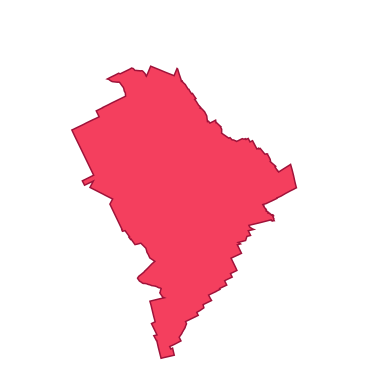 Río Segundo, Córdoba, Argentina (Albers equal-area conic projection), rotated 64°
{"feature_id": "61730980B13530253245747", "entity_name": "Río Segundo", "entity_type": "district", "adm_level": 2, "iso_a3": "ARG", "parent_name": "Argentina", "parent_adm1": "Córdoba", "projection": "albers", "projection_center": [-63.428, -31.688], "detail": "fine", "context": "isolated", "style": "filled", "palette": "rose", "viewbox_px": 384, "rotation_deg": 64, "n_neighbors": 0, "source": "geoboundaries", "source_scale": "gbopen_adm2", "svg_char_len": 5807}
<svg xmlns="http://www.w3.org/2000/svg" viewBox="0 0 384 384"><g transform="rotate(64 192 192)"><path d="M233.8,96.3L227.7,95.0L221.6,93.5L216.0,92.3L210.4,91.3L210.6,92.6L211.2,98.3L212.0,105.4L210.2,105.6L210.3,105.9L206.6,106.3L205.8,106.4L205.6,105.5L203.0,106.6L199.1,108.3L199.1,108.0L197.2,107.5L196.8,107.5L196.7,107.4L194.0,107.5L191.3,107.6L191.0,107.5L191.0,107.9L190.4,108.2L190.2,109.0L190.2,109.4L189.9,109.9L188.3,110.3L182.7,111.6L182.7,112.9L181.8,112.9L181.8,114.8L172.4,115.1L172.4,117.9L168.5,118.0L168.5,120.4L167.6,120.4L167.6,121.4L167.3,121.6L167.0,122.6L166.1,123.4L166.1,129.8L165.8,129.9L165.5,130.2L165.2,130.2L164.8,130.8L164.3,131.1L163.4,131.9L162.8,133.1L159.8,134.0L159.8,135.3L152.1,139.6L151.6,139.3L148.6,137.8L145.8,137.8L145.8,137.5L143.8,138.3L140.1,139.7L140.1,140.0L137.8,139.3L137.9,141.7L137.9,144.4L137.9,145.7L136.7,145.9L136.4,146.0L135.6,146.1L135.5,147.2L133.2,146.5L130.1,145.4L125.3,145.5L124.1,145.9L124.0,146.0L122.1,146.4L121.2,147.1L120.1,147.9L120.0,147.1L117.4,147.8L117.2,148.0L113.4,148.4L112.8,148.4L111.9,148.6L109.9,149.0L109.8,147.5L107.4,147.9L103.6,148.4L103.6,149.3L101.5,149.6L99.7,149.8L98.3,149.8L97.8,150.4L94.1,150.8L92.5,150.9L90.2,151.8L88.7,152.2L87.9,152.1L87.9,153.0L86.4,152.6L80.1,151.8L75.9,151.1L75.0,151.0L74.4,151.3L78.6,156.0L79.6,157.1L77.2,159.3L73.8,162.4L72.6,163.5L67.8,167.7L60.8,174.0L66.5,180.4L68.0,182.3L67.6,182.4L66.7,182.4L65.9,182.2L65.6,182.2L64.7,182.5L64.3,182.5L62.3,183.1L61.8,183.3L61.3,183.6L61.1,183.8L60.9,184.2L60.6,184.7L60.6,185.1L60.6,185.3L60.5,185.5L60.3,185.7L60.1,185.8L60.0,186.1L59.5,186.7L59.4,187.3L58.8,187.9L58.6,188.4L58.2,188.9L57.8,189.8L57.7,190.0L55.9,190.5L55.4,190.7L54.9,191.0L54.7,191.3L54.5,191.6L54.3,191.9L54.1,192.0L54.3,194.3L54.3,200.3L54.3,204.7L53.6,205.5L53.1,205.8L53.2,210.0L53.2,214.9L53.3,218.6L54.4,217.4L55.0,217.0L55.4,216.9L56.6,216.2L57.8,215.3L58.6,214.1L60.5,211.1L61.3,209.4L61.9,209.0L64.6,208.5L65.8,208.3L67.7,207.9L68.9,207.9L70.8,208.4L71.7,208.6L73.4,208.5L73.8,208.5L76.8,209.7L76.8,225.6L76.9,228.7L76.9,233.0L76.9,235.3L77.1,235.3L77.1,242.5L79.8,242.5L83.7,242.5L83.7,244.5L83.7,246.7L83.6,249.4L83.6,256.9L83.7,259.6L83.7,262.0L83.6,272.8L90.0,272.9L94.5,272.9L96.9,272.9L101.6,272.9L131.9,273.0L133.8,273.0L133.9,285.7L138.8,285.6L138.9,275.9L143.2,281.7L154.7,273.0L157.2,271.2L163.5,266.4L166.9,271.1L177.7,271.2L195.0,271.3L195.1,271.7L196.8,271.7L197.4,269.1L204.9,267.8L204.9,268.5L207.8,268.0L207.7,267.4L214.3,266.3L214.9,263.8L215.3,261.8L215.6,260.4L222.3,258.1L224.6,258.5L226.5,258.9L229.0,258.7L231.9,258.8L232.8,258.8L235.9,257.0L238.0,255.8L239.1,259.8L241.0,264.9L241.1,265.2L241.5,266.2L241.5,266.7L241.8,267.4L242.2,268.2L242.2,268.8L242.6,269.7L243.1,270.6L243.1,271.1L243.4,272.1L243.4,272.4L243.8,273.6L243.8,274.1L243.9,274.3L244.0,274.6L244.0,274.9L244.1,275.3L244.2,275.9L244.4,276.2L244.4,276.5L244.4,276.8L244.5,277.0L244.7,277.3L244.9,277.6L245.3,278.3L245.5,278.7L245.7,278.8L247.5,278.5L247.8,278.4L248.2,278.4L248.9,278.3L249.8,277.8L250.2,277.5L251.3,276.9L252.1,276.5L252.9,275.8L253.0,275.6L253.7,274.2L254.8,272.8L255.9,271.9L256.3,271.4L256.6,270.9L257.2,270.4L257.3,270.2L258.3,269.4L258.6,269.1L259.3,267.9L259.6,267.6L259.8,267.2L260.1,266.9L260.3,266.6L260.4,266.3L261.0,265.9L261.2,265.6L261.9,264.9L262.3,264.8L262.6,264.5L263.4,263.9L263.7,263.4L264.1,263.0L264.3,262.6L264.6,262.5L264.8,262.3L265.2,262.0L265.7,262.3L265.9,262.6L266.2,263.0L266.5,263.3L266.9,263.6L267.2,263.9L267.6,264.1L267.9,264.4L268.2,264.5L268.3,264.9L268.5,265.1L269.9,265.0L270.7,264.8L272.5,264.6L273.3,264.5L274.1,264.0L274.9,263.3L273.5,269.3L271.7,277.7L276.1,278.5L286.8,280.9L292.5,282.0L292.5,286.1L295.6,286.1L299.4,286.1L305.1,286.1L304.4,289.3L310.0,289.1L310.1,288.8L316.9,290.4L327.9,292.7L328.5,289.8L329.3,286.5L330.9,279.5L323.8,277.9L323.8,279.9L321.1,279.8L321.2,277.1L321.2,273.9L321.0,267.2L316.9,267.2L316.2,265.9L315.4,264.4L314.8,263.3L314.3,262.7L314.1,262.6L312.9,260.7L312.0,259.5L311.8,258.9L311.3,258.5L311.0,257.7L310.1,257.1L309.7,256.5L308.9,255.7L308.1,254.7L305.6,254.6L305.6,240.5L302.3,240.5L302.0,236.6L301.3,232.1L298.1,231.4L298.1,227.1L298.1,222.0L295.5,222.2L291.9,222.3L292.0,214.3L291.9,214.3L291.8,209.5L290.8,209.5L290.9,201.6L286.1,201.6L286.0,198.9L286.1,193.2L282.2,193.2L282.2,188.6L282.2,186.0L278.7,185.9L272.1,185.9L268.6,185.9L268.8,174.4L259.3,174.4L259.9,171.2L258.6,171.9L257.6,172.6L259.1,165.1L256.0,162.1L256.7,158.4L251.5,158.4L252.7,152.9L251.7,153.8L249.4,155.2L248.9,155.4L248.3,155.5L246.9,155.5L249.4,144.3L250.2,140.4L251.7,133.1L251.8,133.0L252.0,133.0L252.2,133.3L252.3,133.3L252.5,133.3L252.7,133.1L252.7,132.8L253.0,132.6L253.3,132.5L253.4,132.2L253.2,131.9L253.3,131.6L253.5,131.4L253.8,130.7L253.6,130.7L252.6,130.7L252.4,130.5L252.2,130.2L251.9,130.1L251.6,130.1L251.0,130.2L250.2,130.0L249.6,130.1L249.4,130.0L249.2,129.6L249.2,129.1L248.8,129.0L248.4,129.1L247.9,129.5L247.9,129.9L248.1,130.2L248.0,130.3L247.9,130.4L247.7,130.2L247.4,130.1L247.2,130.5L247.1,130.9L246.9,131.0L246.4,131.0L246.2,131.1L245.8,131.3L245.8,131.5L245.7,131.6L245.3,131.5L245.2,131.5L244.8,131.9L244.7,132.0L244.1,132.1L244.2,132.5L244.5,132.7L244.5,132.9L244.3,133.0L244.2,133.0L244.0,132.9L243.7,132.6L243.3,132.5L243.1,132.6L242.5,132.9L242.1,133.1L241.9,133.2L241.9,133.4L241.9,133.6L241.6,133.7L241.3,133.5L240.8,133.0L240.6,133.0L240.3,133.3L239.9,133.2L239.6,133.3L239.4,133.1L239.0,133.3L238.5,133.5L238.2,133.5L237.9,133.6L237.4,133.7L237.1,133.7L236.9,133.6L236.5,133.9L236.3,133.8L236.2,133.5L235.9,133.4L235.5,133.4L235.1,133.8L234.8,133.9L234.3,133.9L234.9,130.6L235.0,118.4L234.5,118.3L234.6,117.4L234.7,113.7L234.3,108.5L234.2,105.6L234.1,103.0L234.1,99.7L234.1,98.8L234.0,98.6L234.0,96.3L233.8,96.3Z" fill="#f43f5e" stroke="#9f1239" stroke-width="1.5"/></g></svg>